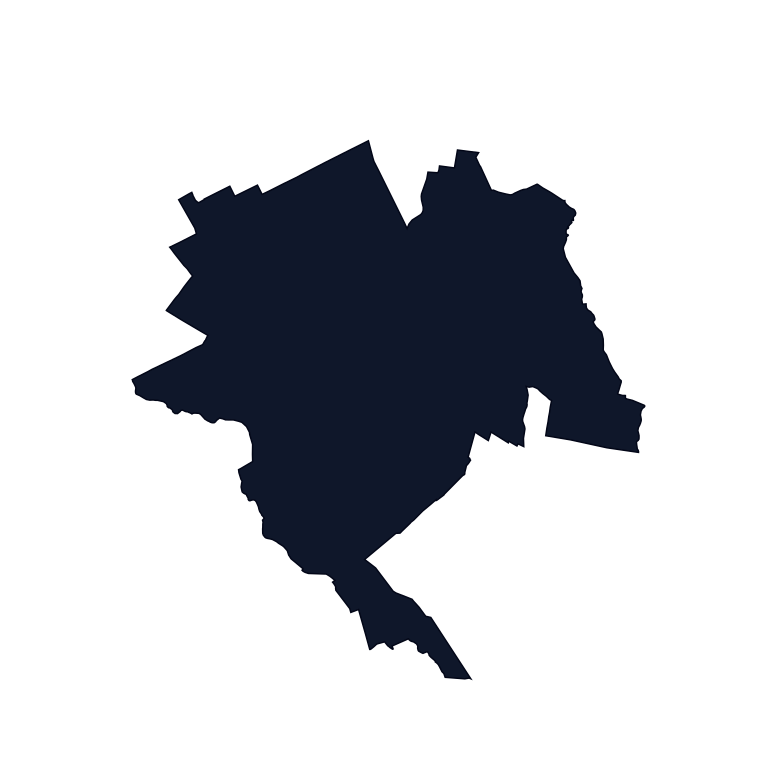 Fantana Mare, Suceava, Romania, rotated 23°
{"feature_id": "2599482B40231105369461", "entity_name": "Fantana Mare", "entity_type": "district", "adm_level": 2, "iso_a3": "ROU", "parent_name": "Romania", "parent_adm1": "Suceava", "projection": "albers", "projection_center": [26.306, 47.408], "detail": "fine", "context": "isolated", "style": "filled", "palette": "ink", "viewbox_px": 768, "rotation_deg": 23, "n_neighbors": 0, "source": "geoboundaries", "source_scale": "gbopen_adm2", "svg_char_len": 6158}
<svg xmlns="http://www.w3.org/2000/svg" viewBox="0 0 768 768"><g transform="rotate(23 384 384)"><path d="M579.0,621.4L518.3,580.6L513.1,581.5L503.5,575.8L495.9,572.3L494.0,571.2L476.7,571.7L473.4,571.2L448.1,556.6L434.7,553.1L453.3,516.8L457.0,515.0L457.4,514.1L457.9,512.7L462.4,502.1L462.9,500.5L464.5,497.6L465.5,495.1L469.2,485.8L474.3,475.9L477.1,470.1L477.6,470.8L478.3,470.0L482.5,462.7L482.6,461.7L491.8,438.5L492.6,436.9L493.0,436.6L493.5,435.6L493.3,434.7L492.9,433.8L492.0,428.2L491.8,427.5L492.0,426.3L492.7,424.3L493.4,420.3L492.8,420.0L492.0,419.0L490.0,418.5L486.5,392.6L487.7,392.8L490.2,393.4L502.1,395.3L501.3,386.4L521.4,389.6L521.2,387.9L530.6,389.1L530.7,386.7L537.1,387.0L533.6,379.5L531.3,370.3L530.1,368.4L526.4,364.4L525.5,362.8L525.0,360.7L524.5,356.2L524.4,354.4L524.1,352.0L524.3,349.1L523.9,347.3L523.0,345.7L522.5,343.4L521.0,337.9L517.8,333.1L515.8,330.7L518.8,330.2L521.8,328.3L522.9,328.2L526.4,328.2L528.2,328.5L529.7,329.3L533.8,330.7L538.3,331.9L542.4,333.5L544.7,333.7L546.1,340.3L547.5,345.4L548.4,349.6L549.8,354.8L551.1,360.7L553.1,368.4L577.6,362.5L614.1,355.6L645.0,347.5L644.7,346.7L643.9,345.7L642.5,344.8L641.1,342.4L640.5,341.5L639.1,338.9L639.2,338.0L640.0,336.6L640.2,335.2L639.9,334.2L638.9,331.8L637.6,330.0L635.9,327.8L635.3,325.2L635.2,323.9L635.4,322.2L635.4,320.1L635.1,317.4L634.6,316.1L633.5,314.3L632.1,312.3L631.2,308.6L631.4,305.7L632.6,303.5L632.7,302.5L632.4,302.1L631.9,301.9L619.1,302.0L613.4,302.9L611.9,302.9L611.2,301.4L610.7,300.3L609.5,300.7L608.3,301.3L605.0,301.8L603.0,301.8L602.8,301.2L602.6,298.1L602.0,293.2L601.6,289.5L601.0,288.3L598.6,287.5L596.7,285.9L591.9,283.0L588.2,280.4L582.6,275.6L577.4,270.3L573.5,268.0L572.4,266.8L570.8,262.6L568.2,257.0L564.9,252.5L563.7,251.2L560.4,250.0L556.8,248.6L553.7,246.5L552.2,245.0L553.0,242.5L552.5,241.4L550.2,238.8L547.9,237.8L546.0,236.7L543.0,236.3L540.8,235.1L539.5,233.0L538.7,231.3L536.1,232.7L535.3,232.6L532.8,228.7L532.5,226.2L531.8,224.5L530.0,222.8L529.2,221.7L528.9,219.6L528.9,218.7L526.5,216.6L525.9,215.4L524.1,212.4L520.9,210.3L515.5,207.5L501.5,196.5L496.1,189.4L495.6,187.2L495.7,182.6L495.5,179.9L494.5,177.5L494.7,176.8L495.2,176.1L495.5,175.1L495.0,174.7L493.6,174.8L493.0,174.5L492.3,173.2L491.6,171.5L491.6,170.0L492.6,169.0L492.8,168.3L492.6,167.8L491.7,167.9L491.6,167.2L492.5,165.9L492.7,164.5L493.1,164.0L493.8,162.1L493.7,161.6L492.9,161.0L492.8,160.2L493.1,159.5L494.1,159.6L494.4,159.4L494.3,159.0L493.4,157.4L493.2,155.9L494.1,153.8L493.7,151.7L492.3,150.2L491.1,149.4L490.3,149.1L488.0,149.1L485.3,148.7L481.5,147.3L479.6,146.1L478.8,144.5L478.1,144.9L476.7,145.1L464.1,142.8L460.6,142.3L453.6,141.5L447.3,140.2L446.8,140.3L439.1,148.9L436.3,150.5L434.3,152.3L429.8,157.2L428.2,159.4L426.3,160.6L421.9,161.5L414.5,162.7L409.0,162.8L407.2,163.8L387.7,146.0L387.4,146.2L379.9,139.4L380.7,134.1L360.2,139.9L364.4,157.5L363.6,157.8L349.9,161.6L351.0,165.6L351.1,167.5L350.8,168.6L341.7,171.8L343.3,178.7L344.3,194.4L345.0,196.8L346.7,200.0L351.0,205.9L352.2,208.8L352.3,211.2L351.7,213.6L345.9,222.0L344.5,226.9L344.5,231.9L340.1,227.9L295.9,189.9L287.8,183.1L285.8,180.7L274.6,166.2L262.4,180.5L243.6,202.7L227.2,222.5L222.0,228.9L213.8,238.3L202.9,251.2L197.7,257.1L189.8,250.4L173.3,269.5L164.8,262.2L154.5,274.3L146.3,284.0L146.6,284.3L143.2,288.8L142.0,289.7L138.6,288.6L134.4,285.1L134.1,284.6L132.2,282.7L130.0,285.4L123.0,294.6L148.9,314.4L152.7,319.1L140.5,333.6L133.3,341.8L135.2,342.8L139.9,345.6L153.6,353.1L157.6,354.7L162.1,357.4L165.7,359.4L164.9,361.8L163.0,368.8L161.9,373.1L160.1,381.7L158.8,385.6L158.0,388.4L154.9,401.1L154.9,401.4L172.0,404.0L197.7,407.4L202.8,408.0L202.7,409.6L202.6,411.7L202.6,413.5L202.2,414.4L202.0,416.1L201.9,417.3L201.7,418.4L201.2,419.2L196.8,423.9L185.6,437.6L164.7,461.2L161.9,464.8L154.7,473.3L150.6,478.3L151.0,478.6L151.2,479.2L151.8,479.9L153.5,481.1L155.6,482.9L156.8,484.1L157.3,485.0L158.0,487.6L158.4,488.4L158.7,489.0L159.4,489.8L160.0,490.1L163.8,490.1L167.8,490.7L170.7,491.0L171.2,491.1L174.6,490.4L177.8,488.9L180.0,488.3L181.9,487.5L187.9,486.4L190.9,487.0L191.4,487.2L192.1,487.8L192.6,488.3L193.0,488.8L193.2,489.3L194.0,489.7L195.1,490.0L196.0,489.7L198.8,490.3L199.3,490.6L200.0,491.5L200.6,492.0L201.0,492.3L203.2,492.8L205.5,491.9L207.1,489.0L207.3,487.8L208.7,486.7L211.3,486.9L212.7,486.8L214.1,486.3L215.5,486.4L216.0,486.3L217.4,486.4L218.5,486.4L218.9,486.6L220.0,485.3L221.7,484.5L225.2,483.3L227.1,483.6L233.1,486.4L234.5,486.5L235.8,486.8L237.7,486.8L239.0,487.0L240.5,486.9L241.8,486.5L242.9,485.9L243.7,484.5L243.9,483.5L244.3,482.5L245.9,479.6L249.3,479.0L252.2,478.9L259.5,475.9L264.7,475.1L268.1,474.8L274.1,476.9L279.0,481.0L280.2,483.1L286.7,491.0L290.4,500.1L293.4,506.7L285.1,517.9L283.6,519.7L285.2,522.4L289.6,527.6L291.1,528.6L291.5,529.6L291.7,530.8L292.7,534.6L294.5,537.2L295.6,538.7L297.3,539.3L299.3,539.5L300.2,539.3L301.2,540.3L303.6,542.2L304.1,543.3L305.2,544.0L306.2,543.9L307.7,542.5L309.1,541.6L310.8,541.5L312.4,542.3L314.8,544.5L316.4,546.1L317.9,548.2L319.5,550.0L321.9,551.5L322.8,552.5L324.5,553.2L326.2,554.3L325.4,556.8L326.7,558.5L327.2,560.3L328.4,563.2L328.9,564.8L330.7,568.8L332.0,570.3L334.4,571.6L335.4,571.8L337.3,571.6L339.4,571.1L342.1,570.7L346.7,571.1L349.2,571.8L353.6,572.5L355.2,572.9L360.1,575.2L363.1,578.7L366.8,581.2L381.4,585.6L381.7,585.9L381.6,586.6L381.3,587.4L382.7,588.0L385.0,588.2L388.5,587.9L405.1,581.5L409.3,582.1L415.6,583.9L414.1,586.5L415.6,587.3L417.6,588.6L418.8,589.6L419.3,591.0L420.3,592.7L440.2,604.1L442.7,607.2L448.7,601.5L464.4,621.0L474.6,633.9L474.9,633.8L475.6,633.0L477.2,630.0L478.8,626.5L479.5,625.7L485.3,621.1L489.7,623.5L491.2,623.8L492.2,624.2L495.4,624.8L495.9,624.3L493.8,622.0L506.0,609.0L507.3,609.7L508.7,610.1L510.2,610.1L511.9,609.8L515.5,610.5L517.4,611.9L518.3,614.2L519.4,615.7L520.0,616.2L520.6,616.4L523.7,616.7L525.1,616.7L528.3,613.5L529.6,614.0L531.0,615.2L531.7,616.2L534.3,617.3L538.2,618.5L539.8,619.3L540.1,619.5L540.0,619.8L541.6,620.2L543.5,621.0L545.5,622.5L549.5,625.9L550.3,626.4L551.8,626.9L552.5,627.4L553.3,628.3L554.9,630.1L573.6,623.8L577.3,621.4L579.0,621.4Z" fill="#0f172a" stroke="#020617" stroke-width="1.5"/></g></svg>